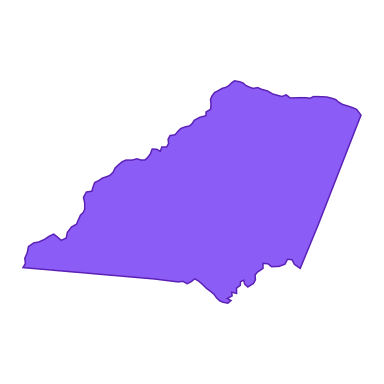 the district of Igarapé do Meio, Maranhão, Brazil
{"feature_id": "56859067B89604719591718", "entity_name": "Igarapé do Meio", "entity_type": "district", "adm_level": 2, "iso_a3": "BRA", "parent_name": "Brazil", "parent_adm1": "Maranhão", "projection": "mercator", "projection_center": [-45.138, -3.653], "detail": "fine", "context": "isolated", "style": "filled", "palette": "violet", "viewbox_px": 384, "rotation_deg": 0, "n_neighbors": 0, "source": "geoboundaries", "source_scale": "gbopen_adm2", "svg_char_len": 1767}
<svg xmlns="http://www.w3.org/2000/svg" viewBox="0 0 384 384"><path d="M177.9,281.9L183.0,281.4L187.1,283.7L191.3,281.6L194.7,278.8L198.5,281.0L202.5,284.4L206.4,288.3L211.0,291.7L214.1,294.4L216.6,297.9L219.8,300.9L222.9,302.2L227.8,303.2L231.0,300.5L227.2,298.5L232.1,295.9L231.7,292.2L236.6,293.4L236.5,288.1L240.3,285.4L240.5,281.7L243.7,280.2L244.7,284.1L247.8,287.0L253.4,283.5L255.4,279.9L255.1,275.0L257.2,272.3L263.0,268.4L263.0,263.4L268.0,263.8L271.6,266.7L279.1,266.4L284.9,264.2L287.5,259.3L292.0,259.7L294.5,264.4L300.2,268.4L318.1,225.0L356.8,125.8L361.0,115.2L359.0,112.5L356.6,109.4L353.3,107.9L347.5,105.9L342.7,104.5L338.3,101.9L335.7,99.5L331.3,98.1L326.8,97.0L322.7,96.8L318.0,96.6L313.3,96.6L310.4,98.2L305.3,97.7L299.0,97.7L290.2,98.0L286.2,94.8L282.0,96.5L272.7,94.0L267.4,90.9L261.5,89.3L257.8,87.6L253.1,88.4L249.3,87.1L245.7,85.4L243.2,83.1L240.0,81.8L234.5,80.8L231.6,82.9L229.1,85.4L226.1,87.3L222.0,88.4L218.7,90.4L214.5,92.6L211.9,96.1L210.5,99.5L211.0,104.1L210.7,109.2L206.1,111.9L205.9,115.7L199.8,117.3L194.2,120.3L192.5,123.2L189.6,125.9L184.7,127.0L180.8,128.5L177.9,131.4L175.0,134.8L170.1,135.5L168.1,139.2L168.6,143.5L166.6,147.0L161.8,147.0L160.3,151.3L156.8,149.3L152.2,149.0L150.3,154.0L147.6,157.5L145.1,159.9L141.3,160.1L136.9,158.8L132.2,160.1L125.9,160.1L122.2,161.7L118.6,164.7L115.2,167.9L113.1,172.3L109.8,175.4L106.6,176.7L102.3,178.1L99.1,180.4L94.7,182.5L93.1,186.8L91.8,191.2L86.4,192.0L83.5,197.3L84.7,203.0L84.7,209.3L83.2,212.6L80.5,215.1L78.1,220.4L76.5,224.2L71.6,226.9L67.4,232.3L66.2,238.1L61.2,240.3L57.4,237.0L53.7,234.1L49.2,236.2L44.5,239.4L38.5,242.1L33.9,242.8L28.5,246.5L27.2,252.9L24.8,258.3L25.4,263.5L23.0,267.6L154.6,279.0L177.9,281.9Z" fill="#8b5cf6" stroke="#5b21b6" stroke-width="1.5"/></svg>